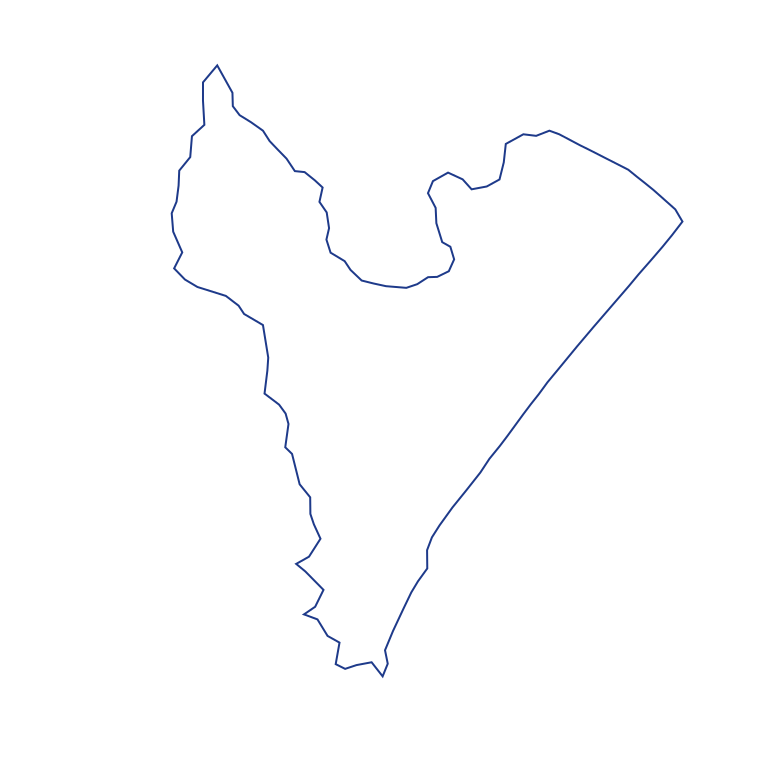 Matinhos, Paraná, Brazil, rotated 14°
{"feature_id": "56859067B19648213894292", "entity_name": "Matinhos", "entity_type": "district", "adm_level": 2, "iso_a3": "BRA", "parent_name": "Brazil", "parent_adm1": "Paraná", "projection": "natural_earth1", "projection_center": [-48.56, -25.776], "detail": "fine", "context": "isolated", "style": "outline", "palette": "blue", "viewbox_px": 768, "rotation_deg": 14, "n_neighbors": 0, "source": "geoboundaries", "source_scale": "gbopen_adm2", "svg_char_len": 1735}
<svg xmlns="http://www.w3.org/2000/svg" viewBox="0 0 768 768"><g transform="rotate(14 384 384)"><path d="M404.9,667.5L415.2,669.8L425.3,663.4L439.3,657.0L453.4,668.0L455.3,654.5L449.4,642.1L452.5,621.4L457.2,597.5L460.9,579.6L464.7,567.2L470.6,552.5L466.0,534.8L467.6,521.2L472.1,507.7L480.3,487.2L489.7,467.0L498.9,446.6L504.4,431.0L511.3,416.3L516.3,404.6L526.6,379.3L531.4,368.0L536.7,356.3L542.2,342.8L550.5,325.5L556.4,313.1L562.3,300.7L573.6,277.8L588.7,247.9L598.0,229.5L604.5,216.0L612.8,199.9L621.0,183.6L627.5,169.8L634.3,154.2L624.4,144.1L612.2,137.7L598.4,130.5L588.1,125.7L579.0,121.6L569.2,117.0L525.5,106.9L516.7,105.0L493.6,99.3L483.2,98.2L471.6,106.4L458.8,108.0L444.1,121.6L446.6,140.0L446.6,157.6L435.9,167.5L421.9,173.9L410.8,166.4L395.0,163.4L382.4,175.3L380.5,188.2L391.5,200.6L395.9,215.3L406.2,232.3L415.2,234.8L421.9,246.1L419.6,258.9L409.7,267.2L400.9,269.7L392.1,279.1L382.4,285.3L362.3,288.6L349.5,289.0L337.3,289.0L323.9,281.4L316.1,274.3L300.4,269.5L293.2,257.8L293.0,246.1L286.9,231.4L277.3,222.9L276.9,208.2L267.6,203.1L255.7,197.6L246.0,199.0L234.9,188.9L224.4,182.4L214.3,176.0L205.3,167.5L191.7,162.2L178.9,158.1L170.1,151.0L166.5,138.1L145.1,115.2L135.4,135.1L139.8,152.8L147.0,176.0L137.7,190.0L141.1,210.7L133.7,226.5L136.7,241.2L138.6,257.3L136.7,269.7L142.6,287.2L156.4,305.1L152.4,322.6L165.6,330.8L179.5,335.0L209.3,336.8L224.0,343.2L231.3,349.9L252.3,356.1L265.3,386.4L267.6,399.3L270.4,422.2L287.2,429.4L295.7,436.5L301.0,445.9L303.5,469.3L311.7,474.1L326.4,501.7L339.8,511.8L344.0,527.9L349.9,537.1L359.8,549.5L353.0,569.7L342.3,579.8L353.0,584.9L375.1,598.4L371.1,616.8L362.1,626.9L376.4,628.5L390.2,642.1L403.4,645.7L404.9,667.5Z" fill="none" stroke="#1e3a8a" stroke-width="2"/></g></svg>